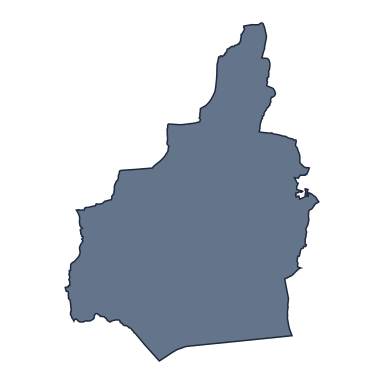 the district of Sao Hai, Saraburi, Thailand
{"feature_id": "78962969B47603899438932", "entity_name": "Sao Hai", "entity_type": "district", "adm_level": 2, "iso_a3": "THA", "parent_name": "Thailand", "parent_adm1": "Saraburi", "projection": "orthographic", "projection_center": [100.84, 14.59], "detail": "fine", "context": "isolated", "style": "filled", "palette": "slate", "viewbox_px": 384, "rotation_deg": 0, "n_neighbors": 0, "source": "geoboundaries", "source_scale": "gbopen_adm2", "svg_char_len": 5898}
<svg xmlns="http://www.w3.org/2000/svg" viewBox="0 0 384 384"><path d="M82.6,241.6L80.7,244.5L79.6,247.1L79.5,248.4L80.1,251.7L80.1,252.8L79.9,253.8L79.1,255.8L78.4,257.0L75.1,260.8L74.3,261.5L72.5,262.6L71.6,263.3L71.1,263.9L70.7,264.8L70.5,270.3L70.2,270.7L69.3,270.6L69.4,273.7L69.4,273.9L69.0,274.0L68.9,274.2L69.5,276.1L69.7,278.2L68.8,279.6L69.4,280.7L69.8,282.0L69.7,283.1L69.8,284.6L70.0,285.3L69.7,285.5L68.9,285.5L68.4,285.8L68.3,286.1L68.4,286.7L68.2,286.9L66.5,287.1L65.2,287.4L65.2,287.5L66.2,291.3L66.5,291.4L67.7,291.3L68.1,291.7L68.5,293.5L68.3,294.2L68.5,298.3L69.3,299.6L70.1,300.2L70.2,300.5L71.3,310.9L70.8,311.3L70.7,311.5L70.5,314.4L70.5,314.7L71.3,315.6L71.8,317.8L72.7,318.8L73.9,321.1L74.4,320.0L75.0,319.3L75.6,319.0L76.6,319.3L78.8,321.5L79.9,321.9L81.6,322.0L83.7,321.8L86.1,320.7L86.7,320.7L87.5,321.1L90.0,320.9L90.8,320.6L92.1,319.9L93.8,318.6L94.1,318.2L94.2,316.8L94.6,315.0L95.7,313.8L96.1,313.5L96.5,313.5L97.1,313.6L98.2,314.6L99.5,315.0L100.3,316.5L101.7,316.4L104.1,316.8L105.2,317.8L106.3,318.5L106.7,319.6L107.1,320.1L108.0,320.9L109.9,322.0L110.5,321.9L112.0,320.8L115.4,320.0L116.9,319.9L119.4,320.1L119.8,320.6L120.3,322.5L121.2,322.8L122.4,323.6L122.8,324.6L124.6,325.7L125.8,325.5L126.3,325.7L128.0,326.6L129.2,327.9L130.2,328.0L131.1,328.5L132.0,330.1L133.0,330.6L134.0,332.6L135.3,333.4L144.7,344.7L159.3,361.0L172.2,352.5L176.9,349.7L185.6,346.6L187.3,346.3L292.0,335.7L289.6,329.2L289.2,327.9L288.8,326.1L287.4,318.3L287.6,315.9L287.4,311.9L288.1,306.5L287.7,306.1L288.5,298.7L284.7,279.0L291.7,275.6L293.0,274.5L295.5,271.9L298.9,268.7L300.0,268.2L300.7,268.0L298.5,267.3L297.6,266.5L297.5,265.5L297.9,263.5L297.8,262.8L297.0,261.2L297.1,259.8L297.6,258.1L297.7,256.3L298.9,256.2L299.4,256.0L299.5,255.7L300.6,250.1L301.0,249.1L301.4,248.7L303.0,248.3L303.2,248.0L303.6,246.8L304.0,246.3L304.4,246.3L305.0,246.6L305.6,246.5L306.4,244.9L305.3,244.1L305.2,243.8L305.1,241.4L305.3,238.9L306.0,236.1L306.1,233.7L306.6,232.5L306.6,232.0L306.0,230.3L305.8,228.8L306.6,227.4L307.0,226.3L307.8,224.9L308.1,223.7L308.3,221.9L308.7,221.2L308.8,218.8L308.3,216.0L308.5,215.4L308.5,213.1L309.1,210.5L309.5,210.0L311.6,209.1L315.9,203.3L316.4,203.1L317.6,202.9L317.9,202.4L318.6,202.2L318.8,201.9L318.2,200.8L317.1,199.5L316.3,198.0L315.3,196.8L311.1,193.7L309.7,193.1L308.7,192.9L308.6,194.5L308.0,196.5L306.7,196.2L307.0,194.2L307.4,193.1L307.3,192.3L308.0,189.5L305.2,188.8L305.1,190.0L305.9,191.4L305.3,193.5L305.3,194.6L304.9,196.9L299.6,199.2L298.9,196.1L297.7,196.2L296.2,197.1L295.9,195.5L295.6,195.2L295.7,194.6L296.1,194.3L295.8,193.6L296.2,192.7L298.0,192.8L298.2,192.2L299.7,191.9L300.7,192.2L301.7,192.1L302.6,191.3L301.6,190.8L299.6,190.4L298.4,190.0L297.8,189.7L296.7,189.4L296.6,188.3L296.8,186.5L298.2,183.3L297.0,182.8L294.6,177.7L295.4,177.9L297.6,177.9L298.4,178.2L299.0,177.0L300.4,175.1L301.3,175.3L301.7,175.2L305.0,175.3L305.2,175.2L305.3,174.4L306.6,174.5L307.6,172.6L309.3,168.0L308.2,167.6L306.4,167.8L304.0,166.9L300.3,163.2L299.9,162.7L299.8,156.3L299.6,154.7L298.1,150.9L297.2,147.9L295.8,146.2L295.5,145.5L295.7,143.8L296.3,141.3L295.9,140.0L295.5,139.9L294.0,140.1L293.1,139.2L292.6,138.9L288.5,138.1L285.8,136.4L282.7,136.0L279.9,135.1L276.2,134.3L274.1,134.1L272.1,133.3L271.9,132.9L268.8,133.2L267.3,132.9L261.6,132.3L259.1,131.8L259.9,128.9L260.0,125.5L260.3,123.9L261.8,119.0L262.5,118.5L262.2,117.4L262.3,116.7L263.5,115.9L264.1,114.1L264.1,112.9L264.3,112.5L266.3,109.7L267.2,107.6L268.2,107.2L269.0,105.8L269.9,105.0L269.7,103.8L270.5,102.7L270.9,101.9L270.5,100.6L271.2,97.4L272.4,97.2L273.4,96.7L274.2,96.0L274.8,95.3L275.4,93.9L275.4,93.1L274.6,90.8L273.3,88.7L272.0,87.9L267.7,86.2L266.6,85.5L267.5,82.0L267.4,81.4L266.7,80.9L266.7,80.4L267.5,79.1L267.0,78.2L267.0,77.9L268.6,76.9L268.8,76.5L268.6,75.0L268.9,73.9L268.6,71.3L268.8,70.7L269.3,69.9L269.5,69.1L269.8,67.0L269.9,64.8L269.8,62.9L269.4,61.3L268.9,60.1L268.0,58.9L267.0,58.4L261.9,58.0L263.3,52.3L264.7,48.2L264.5,47.5L266.4,37.5L266.4,35.7L264.8,28.7L264.1,26.3L263.2,24.0L262.8,23.3L262.3,23.1L260.9,23.0L258.9,24.5L258.1,24.7L254.8,24.8L252.3,24.6L243.9,26.0L243.7,27.4L244.5,29.1L244.5,29.6L242.7,32.6L242.3,33.6L241.8,33.9L241.4,34.6L241.0,34.8L241.3,35.5L241.1,36.1L241.0,38.0L240.6,39.4L240.7,40.1L240.5,40.7L240.7,41.3L240.4,41.7L239.8,42.0L239.2,43.1L238.8,43.5L238.9,44.1L237.5,44.3L237.0,44.8L236.3,45.0L235.9,45.3L234.7,45.4L233.8,46.6L233.0,46.6L232.4,46.3L231.9,46.6L231.3,46.6L230.0,47.8L229.1,48.2L228.9,48.6L227.2,49.2L226.8,51.0L226.1,52.3L226.0,52.8L225.1,53.2L224.8,53.9L224.9,54.4L224.3,54.8L224.2,55.2L223.2,55.5L222.7,56.5L222.1,56.6L221.2,55.8L220.6,55.9L220.3,56.0L219.7,57.3L218.9,57.4L218.6,57.2L218.1,60.5L217.5,62.5L217.1,64.8L216.9,70.1L216.9,72.3L216.5,79.6L215.7,87.0L215.0,91.3L214.1,93.6L211.4,98.9L209.8,101.2L208.2,103.2L205.9,105.5L200.4,108.6L200.2,112.1L199.8,114.0L199.9,115.1L199.9,116.6L199.2,117.9L200.4,119.6L199.7,121.7L195.4,123.0L183.7,124.5L179.7,124.7L168.6,124.0L168.3,124.1L167.7,125.2L167.7,127.2L167.1,129.6L167.6,139.5L167.0,142.6L167.2,144.4L169.0,146.4L168.3,147.8L168.0,151.0L167.6,151.7L164.5,156.6L160.9,160.4L153.3,166.6L152.6,168.0L136.9,169.3L121.1,170.4L120.1,170.7L119.5,171.2L119.0,174.2L118.4,175.3L118.3,177.0L118.3,177.7L118.1,179.4L117.9,179.9L116.6,180.9L114.7,184.9L114.4,186.5L114.3,189.7L113.9,192.0L113.9,193.4L111.7,196.4L111.9,197.6L111.4,199.6L104.7,201.3L102.9,203.1L101.5,203.8L98.6,204.1L96.3,203.9L95.9,204.2L95.6,205.7L95.4,205.8L91.4,206.5L90.0,207.1L85.5,207.6L85.2,208.2L84.6,208.2L84.2,210.1L82.2,210.0L79.3,210.3L79.0,209.8L78.8,209.7L76.3,210.1L77.9,212.5L79.4,216.1L79.7,218.8L79.4,222.3L79.8,224.7L80.4,226.6L80.7,227.0L82.4,228.2L81.5,229.0L80.4,229.5L80.3,230.6L80.7,231.5L80.8,233.9L81.7,235.2L81.8,236.4L82.8,236.6L83.2,237.2L83.1,237.9L81.9,238.9L81.8,239.2L81.9,239.5L82.6,240.3L82.8,240.8L82.6,241.6Z" fill="#64748b" stroke="#1e293b" stroke-width="1.5"/></svg>